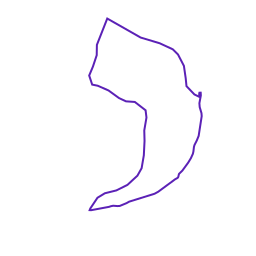 map outline of Benghazi (orthographic projection), rotated 208°
{"feature_id": "LBY-2984", "entity_name": "Benghazi", "entity_type": "Municipality", "adm_level": 1, "iso_a3": "LBY", "parent_name": "Libya", "parent_adm1": "", "projection": "orthographic", "projection_center": [20.37, 31.785], "detail": "fine", "context": "isolated", "style": "outline", "palette": "violet", "viewbox_px": 256, "rotation_deg": 208, "n_neighbors": 0, "source": "natural_earth", "source_scale": "10m", "svg_char_len": 951}
<svg xmlns="http://www.w3.org/2000/svg" viewBox="0 0 256 256"><g transform="rotate(208 128 128)"><path d="M80.4,193.3L79.0,191.0L76.6,183.4L74.5,180.1L70.1,175.6L68.5,173.1L61.9,154.2L61.4,149.3L61.3,144.2L60.9,142.3L59.2,137.9L58.6,135.7L58.3,130.9L58.6,125.6L60.0,115.9L61.4,111.5L61.2,110.4L60.8,109.1L60.6,107.8L61.1,106.7L62.3,104.9L71.4,85.9L73.7,82.4L92.4,63.5L94.0,61.0L98.7,55.3L100.7,54.1L104.6,52.4L106.4,50.9L107.7,49.5L122.0,38.1L123.3,37.5L123.5,39.2L123.5,39.3L122.2,52.1L117.8,59.5L109.0,67.4L101.8,77.5L97.3,90.3L97.1,98.9L101.2,111.3L107.3,124.3L112.5,133.5L116.6,145.9L120.8,151.9L134.2,154.2L142.3,150.6L149.9,150.2L162.8,152.0L174.6,151.1L180.0,149.5L186.9,156.1L187.8,165.8L189.8,177.6L194.5,186.8L197.7,214.9L159.3,213.8L139.8,217.7L125.4,218.5L118.4,216.4L107.8,209.1L100.4,199.0L96.0,192.4L85.1,188.8L79.5,189.0L79.8,190.0L81.0,191.2L81.2,191.7L81.5,192.7L80.4,193.3Z" fill="none" stroke="#5b21b6" stroke-width="2"/></g></svg>